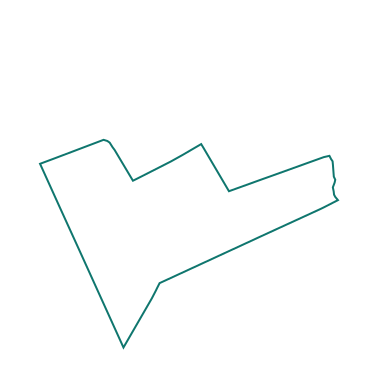 Afonso Bezerra, Rio Grande do Norte, Brazil (Equal Earth projection), rotated 150°
{"feature_id": "56859067B75768156452163", "entity_name": "Afonso Bezerra", "entity_type": "district", "adm_level": 2, "iso_a3": "BRA", "parent_name": "Brazil", "parent_adm1": "Rio Grande do Norte", "projection": "equal_earth", "projection_center": [-36.685, -5.484], "detail": "fine", "context": "isolated", "style": "outline", "palette": "teal", "viewbox_px": 384, "rotation_deg": 150, "n_neighbors": 0, "source": "geoboundaries", "source_scale": "gbopen_adm2", "svg_char_len": 677}
<svg xmlns="http://www.w3.org/2000/svg" viewBox="0 0 384 384"><g transform="rotate(150 192 192)"><path d="M54.9,154.6L60.4,156.3L121.3,167.3L123.4,167.7L159.6,174.2L159.9,212.8L160.0,224.8L160.1,228.9L182.1,228.8L195.1,229.0L232.8,231.0L237.5,231.3L238.0,267.1L238.4,270.5L238.6,275.9L239.8,278.5L242.5,281.4L294.6,289.9L309.5,292.4L311.1,276.0L314.2,244.5L319.0,194.6L329.1,91.6L279.9,120.0L272.4,124.8L270.2,126.3L265.6,129.3L217.6,124.9L154.0,119.1L136.8,117.5L88.7,113.0L85.9,112.8L69.7,112.0L70.4,116.2L70.3,118.7L69.0,121.7L67.7,125.6L63.8,128.8L61.8,131.0L61.5,134.4L56.4,145.0L54.9,148.3L55.1,151.0L54.9,154.6Z" fill="none" stroke="#0f766e" stroke-width="2"/></g></svg>